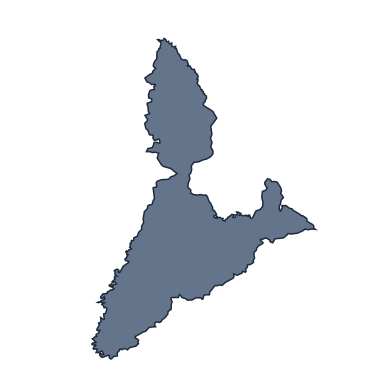 outline of Patos de Minas, Minas Gerais, Brazil, rotated 263°
{"feature_id": "56859067B7361246859240", "entity_name": "Patos de Minas", "entity_type": "district", "adm_level": 2, "iso_a3": "BRA", "parent_name": "Brazil", "parent_adm1": "Minas Gerais", "projection": "natural_earth1", "projection_center": [-46.486, -18.636], "detail": "fine", "context": "isolated", "style": "filled", "palette": "slate", "viewbox_px": 384, "rotation_deg": 263, "n_neighbors": 0, "source": "geoboundaries", "source_scale": "gbopen_adm2", "svg_char_len": 5954}
<svg xmlns="http://www.w3.org/2000/svg" viewBox="0 0 384 384"><g transform="rotate(263 192 192)"><path d="M195.9,268.6L192.7,265.4L190.6,265.3L186.9,266.9L186.2,266.6L184.7,265.4L184.1,262.2L183.4,261.8L177.9,260.6L173.2,261.2L168.9,260.3L166.2,257.2L165.6,253.7L165.0,252.8L158.8,248.9L158.5,247.9L159.2,246.8L160.4,246.7L160.9,245.4L161.8,246.4L162.2,245.6L161.5,243.4L162.4,242.8L162.1,240.0L163.2,237.8L163.1,236.3L164.7,237.9L166.6,234.9L166.7,233.8L165.0,234.5L164.0,234.1L163.8,232.2L161.6,231.8L161.4,230.4L161.8,229.6L164.4,230.7L164.9,228.6L162.9,225.9L162.5,224.3L161.2,223.7L160.6,221.8L159.1,221.3L159.9,219.3L160.8,219.0L161.9,219.6L161.9,218.4L163.5,216.6L163.1,213.9L164.0,214.4L164.8,214.0L163.4,212.4L164.1,211.0L165.4,210.7L165.9,212.8L166.7,213.5L167.6,213.4L170.9,211.9L171.8,210.2L173.9,210.6L178.7,209.1L180.5,207.7L185.7,206.7L187.4,205.4L187.3,202.9L188.3,200.8L188.3,197.3L189.1,193.6L191.1,190.6L194.3,191.0L196.8,188.7L197.9,188.6L201.7,189.5L205.2,191.5L209.3,191.2L210.7,192.9L214.0,194.4L218.0,194.5L221.4,197.8L221.0,201.5L222.7,207.7L222.8,210.0L224.7,214.7L227.4,217.5L230.2,217.8L234.7,216.1L238.6,217.9L243.1,216.9L246.9,218.8L254.3,218.6L255.3,218.9L262.2,225.6L269.6,222.4L276.5,214.0L278.4,214.0L280.1,216.0L282.0,216.6L283.0,217.8L285.5,218.0L287.1,216.4L287.9,216.3L288.1,215.3L290.0,215.6L291.3,214.1L292.1,214.5L292.6,213.4L296.3,212.4L297.7,210.9L299.9,210.3L300.7,211.2L302.8,211.7L303.5,210.6L305.2,212.1L307.0,212.0L309.0,211.1L310.3,209.5L311.0,209.9L313.3,209.3L312.9,208.4L313.7,208.0L313.9,206.9L317.6,205.1L317.2,203.1L317.9,202.7L318.6,203.7L319.5,203.8L323.0,203.0L324.2,201.3L323.9,200.2L324.4,199.0L325.6,197.4L330.2,196.2L330.6,195.2L331.8,194.8L336.4,193.9L336.5,192.8L338.6,193.5L338.4,190.6L339.1,189.8L342.4,190.0L341.7,188.0L342.6,187.3L344.4,187.2L344.0,186.2L344.5,185.1L346.6,184.6L347.8,183.0L346.0,181.7L346.3,179.0L347.2,178.3L347.4,176.5L345.4,177.9L344.8,179.2L342.7,179.3L339.9,178.0L338.9,178.2L338.5,176.7L336.5,175.9L335.3,174.3L328.2,173.2L326.6,171.2L323.6,169.3L321.3,169.0L319.2,171.0L316.6,167.8L315.0,167.4L313.6,163.9L310.8,159.1L306.6,160.8L305.7,163.1L303.6,165.0L303.5,168.2L302.7,168.9L301.3,167.0L298.3,167.1L298.3,164.3L297.6,162.5L293.9,160.7L290.7,160.4L289.2,163.3L287.6,163.3L286.4,162.4L285.7,158.5L284.7,158.1L281.8,158.7L277.2,158.5L275.0,159.5L273.8,154.6L269.5,156.7L268.3,156.4L265.8,153.4L260.8,153.9L258.2,155.9L254.3,156.6L253.6,157.4L253.5,159.5L252.4,160.3L250.2,159.8L247.8,160.9L248.1,164.0L248.7,165.0L248.3,166.0L244.8,166.3L244.3,165.0L245.6,163.3L245.8,160.5L242.5,159.1L240.8,157.6L240.5,153.5L237.6,151.7L237.2,154.8L235.9,157.9L236.0,160.3L234.6,163.6L229.9,161.6L222.7,165.0L220.9,166.7L217.9,173.8L212.1,179.4L210.2,175.9L209.7,173.0L207.5,170.3L207.9,163.4L207.1,159.3L206.3,158.2L205.5,157.6L201.5,157.6L200.9,153.9L190.2,154.0L188.4,152.5L184.9,151.0L184.3,150.1L184.4,148.1L183.6,146.4L181.0,145.7L178.2,142.3L171.5,140.3L167.3,140.2L164.5,138.0L160.6,137.2L158.6,134.2L154.9,132.4L153.6,128.7L151.5,128.3L150.8,127.5L151.3,126.2L150.4,125.6L148.3,125.4L148.4,124.3L145.6,124.2L144.9,123.4L143.0,125.0L142.3,122.4L141.1,121.2L141.5,120.1L141.1,119.2L140.0,119.1L139.7,120.0L137.9,119.7L137.4,120.9L136.1,119.5L134.3,118.9L134.3,117.8L133.3,117.2L132.1,117.6L131.0,120.4L129.9,120.7L126.7,114.7L121.2,110.7L120.9,109.6L121.9,109.1L122.7,109.8L123.6,109.6L124.4,108.7L124.4,107.3L123.4,105.3L121.6,105.9L119.4,105.5L117.7,107.2L117.9,105.6L117.3,104.9L116.3,104.4L115.1,105.2L112.7,101.8L111.5,101.5L111.6,102.7L112.5,103.2L112.3,104.7L110.0,105.7L109.7,102.5L108.2,101.9L110.1,100.5L110.2,99.6L109.5,98.4L108.6,98.7L107.5,100.8L105.6,102.7L104.7,101.8L104.6,98.9L103.6,97.8L103.2,95.8L101.6,95.4L101.7,91.1L99.2,88.7L98.2,88.4L97.3,89.1L97.4,90.7L98.8,92.2L96.9,92.5L96.0,92.0L95.0,88.3L94.1,87.2L92.7,91.6L92.0,89.3L91.3,88.7L89.8,90.4L87.7,90.7L88.1,92.0L87.5,92.9L86.0,93.1L82.1,91.5L81.8,89.5L76.5,89.4L76.2,88.5L78.5,86.0L74.2,85.9L73.2,83.2L71.5,83.9L67.1,80.7L66.3,80.9L65.9,81.8L65.9,83.7L63.6,82.0L61.9,79.2L60.0,79.8L59.9,77.4L58.8,76.7L58.4,75.2L54.4,78.4L54.1,75.0L53.6,74.2L52.8,74.2L51.9,76.2L52.1,77.4L51.4,77.9L50.3,76.0L48.8,74.8L47.9,75.4L47.9,78.2L47.1,78.8L44.3,77.2L44.0,79.0L45.0,83.2L44.2,83.9L41.5,84.4L41.5,83.2L43.0,81.6L43.0,80.7L41.2,80.5L39.1,82.1L38.8,83.2L40.2,88.9L39.8,90.1L38.1,89.6L37.1,90.1L36.2,90.9L36.3,91.8L38.3,94.2L38.4,97.9L41.6,98.2L43.5,100.7L44.6,100.8L45.0,101.6L44.0,103.7L44.9,105.4L44.8,106.5L43.2,108.6L45.2,111.4L45.8,117.5L48.0,120.4L48.9,119.8L51.5,120.9L53.4,119.1L53.8,117.9L55.4,117.9L59.0,126.6L59.4,129.0L63.0,133.2L62.7,139.5L65.0,138.6L66.8,139.5L67.3,140.6L66.5,144.0L67.0,145.4L68.3,146.3L71.3,150.8L74.0,153.2L76.2,153.6L78.4,157.1L82.5,157.5L85.6,158.9L89.1,157.9L89.7,159.0L89.0,165.8L91.3,166.6L91.5,167.6L88.6,169.1L86.7,172.9L85.2,174.3L84.8,178.9L86.4,182.7L86.4,184.2L86.0,187.6L84.3,189.0L84.7,190.0L87.6,191.0L88.3,192.0L87.9,196.8L90.5,197.4L96.3,203.4L95.9,205.6L96.5,207.6L95.7,210.5L98.3,214.4L101.4,222.3L102.8,223.3L105.6,223.4L104.0,226.2L104.0,227.4L105.4,231.7L107.1,232.7L105.9,235.1L106.5,236.0L108.9,235.7L110.5,237.7L113.2,238.5L112.8,240.7L114.5,244.4L116.8,244.6L119.1,246.1L121.9,245.7L124.8,246.5L126.2,248.6L128.7,249.5L130.3,251.3L132.4,256.1L133.4,256.2L136.1,253.8L136.7,254.7L136.6,256.8L137.4,259.0L136.8,260.7L135.1,263.0L132.9,263.7L131.7,266.0L135.4,268.6L135.3,277.0L137.6,280.9L139.0,282.2L138.2,285.5L138.3,292.0L140.3,298.0L141.4,299.4L140.4,302.8L140.7,306.5L139.9,309.8L141.2,308.4L143.3,308.7L144.9,307.8L148.7,302.8L151.8,302.6L154.8,299.2L155.5,297.1L156.7,296.3L161.5,290.1L163.0,289.4L164.2,286.4L167.0,283.8L167.6,279.7L166.8,279.5L166.1,280.1L162.3,277.7L162.9,276.8L167.4,276.7L168.5,278.0L173.1,279.5L175.4,282.1L179.7,279.9L182.0,281.0L185.4,280.6L191.5,277.7L192.4,275.2L192.4,272.6L195.0,270.9L195.9,268.6ZM94.1,87.2L94.3,85.9L93.9,84.8L93.5,85.9L94.1,87.2Z" fill="#64748b" stroke="#1e293b" stroke-width="1.5"/></g></svg>